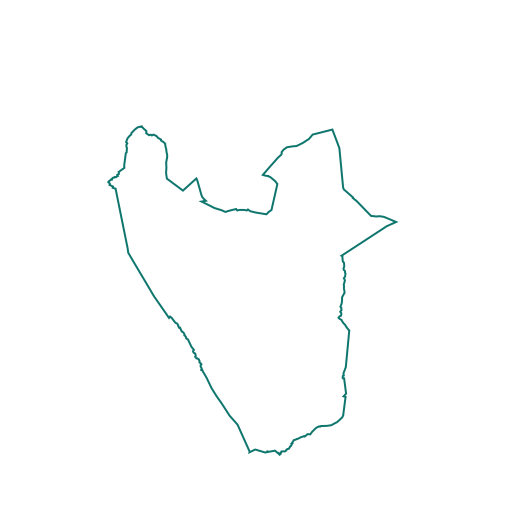 outline of Atarjea, Guanajuato, Mexico, rotated 315°
{"feature_id": "50627088B98903395743063", "entity_name": "Atarjea", "entity_type": "district", "adm_level": 2, "iso_a3": "MEX", "parent_name": "Mexico", "parent_adm1": "Guanajuato", "projection": "natural_earth1", "projection_center": [-99.815, 21.277], "detail": "fine", "context": "isolated", "style": "outline", "palette": "teal", "viewbox_px": 512, "rotation_deg": 315, "n_neighbors": 0, "source": "geoboundaries", "source_scale": "gbopen_adm2", "svg_char_len": 5780}
<svg xmlns="http://www.w3.org/2000/svg" viewBox="0 0 512 512"><g transform="rotate(315 256 256)"><path d="M112.6,390.2L118.6,392.3L123.6,401.5L125.1,402.5L125.5,402.2L125.8,402.1L126.1,402.6L125.9,402.9L125.9,403.0L131.8,407.1L132.1,411.1L132.6,411.2L132.3,412.4L132.2,412.5L132.2,413.2L132.3,413.2L133.7,413.3L133.8,412.9L134.6,412.4L135.5,412.6L135.9,412.3L136.6,412.9L137.1,413.3L137.7,414.0L138.2,414.6L139.5,414.9L140.1,414.7L140.5,414.5L141.1,414.8L141.8,414.7L142.4,415.2L142.8,415.3L143.2,415.5L143.5,415.3L143.8,415.3L144.4,415.2L144.7,415.1L145.2,414.9L145.5,414.8L145.7,415.0L145.8,415.0L146.6,415.0L147.3,414.8L147.8,414.6L147.9,414.4L148.6,414.2L148.9,414.2L148.7,413.8L149.0,413.8L149.5,413.6L150.0,413.5L150.5,413.4L151.0,413.4L151.7,413.2L152.0,413.0L152.7,413.0L154.4,414.0L155.3,414.2L156.0,414.7L159.6,415.9L160.1,416.2L160.4,416.2L160.6,416.4L161.6,416.9L161.8,417.1L162.3,417.3L162.7,417.4L162.8,418.1L165.6,418.4L166.5,418.4L167.2,419.2L167.4,419.4L168.2,420.5L168.8,420.4L170.5,420.1L171.7,420.0L172.7,420.0L173.1,420.0L176.1,420.0L177.2,420.1L177.6,420.2L180.2,421.1L180.5,421.9L181.6,422.1L186.1,426.3L189.6,428.9L193.4,430.0L195.8,430.8L202.4,431.1L203.5,430.9L205.0,430.3L216.0,421.8L219.7,419.0L218.7,417.2L222.4,417.0L231.8,404.8L231.0,404.0L231.1,403.8L231.1,403.4L231.8,402.9L232.5,402.3L233.2,402.2L233.6,402.5L234.9,400.8L240.9,398.1L269.3,374.6L269.2,374.3L269.4,372.3L269.9,369.2L270.4,367.6L270.3,365.7L270.8,362.9L271.3,361.5L270.7,359.9L270.7,358.0L272.4,357.8L273.9,358.3L275.2,357.5L276.0,356.5L276.1,355.0L276.3,354.9L278.0,354.8L278.4,354.6L278.7,353.8L279.6,353.2L279.8,351.6L282.5,350.4L284.9,348.8L287.6,346.1L291.8,344.8L292.6,344.7L294.1,342.8L295.5,340.7L296.5,340.1L297.7,338.4L301.7,336.1L302.5,333.8L304.3,333.6L305.7,332.6L306.8,331.7L307.2,330.7L307.7,330.3L308.4,329.2L308.2,327.9L309.2,326.6L310.3,326.2L311.9,324.9L313.5,322.8L313.5,321.3L315.6,318.7L317.0,317.2L316.7,316.3L369.6,327.4L379.1,331.0L374.1,318.7L371.5,315.2L369.0,313.1L365.7,309.0L366.0,288.6L365.9,287.0L365.8,286.9L365.6,284.4L365.5,283.5L366.0,283.3L365.2,271.1L365.6,269.9L366.3,268.9L367.0,268.0L391.2,238.7L396.4,227.3L399.4,220.6L390.3,215.2L388.3,214.0L384.1,211.5L381.9,210.2L376.1,210.7L373.6,210.1L369.6,209.3L366.2,208.2L362.4,206.9L359.6,204.5L354.8,201.0L352.3,200.6L350.9,200.3L347.5,200.7L346.9,201.4L346.6,201.8L345.4,202.2L344.9,202.2L340.8,202.0L334.8,202.4L329.1,202.7L322.5,203.2L318.2,203.5L319.0,205.1L319.8,206.3L320.3,207.0L321.0,208.0L321.1,208.4L321.3,208.4L321.3,208.8L321.9,210.2L322.5,216.5L322.0,220.2L319.2,222.0L299.5,234.4L295.8,233.8L294.0,233.9L292.8,233.8L286.5,225.0L283.6,220.2L283.2,217.4L281.7,217.3L280.4,215.3L277.6,212.4L276.4,211.4L275.0,210.6L274.9,210.3L274.9,209.7L275.1,209.4L275.2,208.8L271.4,206.4L266.8,203.8L266.3,203.7L265.9,203.4L265.7,203.3L265.5,203.1L265.4,202.8L264.8,201.4L264.7,201.1L264.6,200.8L264.2,199.6L260.6,192.8L256.0,179.0L259.6,181.5L259.5,178.2L259.7,176.5L260.3,174.7L264.5,167.2L268.2,160.5L268.6,159.0L250.6,158.1L247.7,138.3L250.7,134.2L252.1,132.8L255.1,130.2L256.9,128.2L258.2,126.8L258.6,126.3L259.7,125.7L260.6,124.9L261.2,124.5L262.3,124.0L262.7,123.5L263.6,122.8L264.4,122.0L264.6,121.7L265.3,120.8L265.5,120.3L266.1,119.5L267.0,118.2L267.6,117.7L267.9,117.0L268.3,116.6L269.2,114.8L269.7,114.4L270.6,112.9L271.1,112.6L271.2,111.3L271.2,109.9L270.8,108.8L270.5,107.1L271.2,106.5L271.0,105.8L270.8,105.2L270.5,104.1L270.3,103.7L270.3,103.3L270.3,102.4L270.5,101.6L270.3,100.3L269.8,99.1L269.6,98.5L269.6,98.1L269.4,97.9L269.2,97.6L268.9,97.5L267.6,97.1L267.5,96.7L267.4,95.9L266.7,95.4L265.8,95.0L265.2,91.5L266.8,90.2L266.8,88.4L266.6,87.5L266.7,84.2L266.3,83.9L266.7,83.4L263.2,81.3L259.6,80.9L254.8,81.0L253.7,81.8L250.8,81.7L248.2,82.0L244.7,83.6L244.7,85.2L244.5,85.5L243.9,85.5L243.1,85.7L242.6,86.1L242.1,86.6L241.5,87.4L241.1,88.4L237.7,91.3L236.7,91.2L226.9,98.7L225.2,100.6L220.5,99.8L218.2,99.5L217.1,101.0L215.1,100.6L214.9,101.4L214.7,101.2L214.5,101.5L214.2,101.5L213.5,101.4L212.9,101.3L212.5,101.2L212.4,101.0L212.3,100.8L212.3,100.6L212.2,100.5L212.1,100.3L211.7,100.2L211.0,100.2L210.9,100.0L210.7,99.8L210.4,99.6L209.9,99.5L209.5,99.5L209.1,99.5L208.9,99.6L208.5,99.9L208.4,100.1L208.1,100.2L207.9,100.0L207.6,99.5L207.4,99.3L207.2,99.3L206.9,99.4L206.6,99.4L206.2,99.4L205.7,99.3L205.2,99.2L204.8,99.1L204.4,99.1L204.0,99.2L203.7,99.4L203.5,99.7L203.3,99.8L203.2,99.8L202.9,99.9L203.0,99.9L203.5,100.0L203.9,100.1L204.0,100.2L203.9,100.7L203.7,101.7L203.5,102.0L202.7,102.2L204.0,105.8L202.9,106.5L204.3,109.1L170.6,159.9L168.0,163.3L165.9,171.2L157.3,205.0L156.5,208.0L155.3,212.8L152.9,226.3L150.7,238.3L152.3,238.1L152.3,238.9L152.7,239.5L151.8,246.2L152.4,247.8L152.4,248.5L152.0,249.9L151.7,250.0L151.2,251.4L151.3,251.4L151.1,252.0L151.0,252.6L151.4,252.9L151.1,253.2L151.2,253.8L151.3,253.8L150.7,255.3L150.7,255.1L150.6,255.3L150.6,255.8L150.4,256.1L150.1,257.0L150.4,257.4L150.5,258.4L150.5,258.5L150.5,259.4L149.9,261.1L149.2,261.5L149.4,262.7L149.3,263.2L149.2,263.4L149.0,263.8L149.1,264.0L148.9,264.4L148.4,265.0L148.5,265.8L148.9,266.8L146.1,274.7L146.1,274.8L145.7,278.5L144.4,278.7L144.2,278.8L144.0,279.0L143.5,280.4L143.8,280.9L144.0,282.0L143.8,282.7L143.3,283.0L142.8,283.9L142.6,284.2L141.7,284.3L141.5,286.2L141.8,286.9L142.1,286.9L142.2,287.0L142.3,287.5L142.5,288.7L142.2,289.4L142.0,289.6L142.0,290.1L141.7,290.4L141.0,291.0L140.8,291.3L141.0,292.8L140.9,292.9L140.8,293.0L140.8,294.0L140.3,294.2L139.7,294.1L138.9,294.7L138.6,295.3L138.3,296.5L138.2,296.7L138.0,297.2L137.9,297.4L136.7,297.7L136.6,297.8L136.9,298.5L137.2,298.8L137.3,298.8L136.7,300.4L135.3,305.8L134.8,307.6L131.1,318.1L129.0,327.2L127.6,335.4L124.4,350.4L123.7,362.2L117.0,379.8L113.2,389.8L112.6,390.2Z" fill="none" stroke="#0f766e" stroke-width="2"/></g></svg>